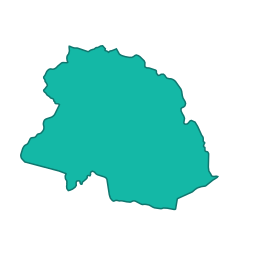 the Province of Copperbelt, rotated 13°
{"feature_id": "ZMB-517", "entity_name": "Copperbelt", "entity_type": "Province", "adm_level": 1, "iso_a3": "ZMB", "parent_name": "Zambia", "parent_adm1": "", "projection": "mercator", "projection_center": [27.632, -13.082], "detail": "fine", "context": "isolated", "style": "filled", "palette": "teal", "viewbox_px": 256, "rotation_deg": 13, "n_neighbors": 0, "source": "natural_earth", "source_scale": "10m", "svg_char_len": 4638}
<svg xmlns="http://www.w3.org/2000/svg" viewBox="0 0 256 256"><g transform="rotate(13 128 128)"><path d="M98.8,53.5L99.3,53.9L103.0,58.0L105.4,58.8L109.3,59.1L113.3,58.9L116.0,58.3L117.6,56.9L118.6,55.7L119.7,55.0L121.9,55.2L123.7,55.9L128.6,58.9L129.8,60.5L130.2,62.7L130.7,64.6L132.7,65.2L134.2,64.9L135.5,64.8L141.9,65.4L142.7,65.9L143.0,66.7L143.2,67.5L143.5,68.3L145.6,70.0L146.9,69.5L148.2,68.2L150.4,67.6L152.0,68.4L153.3,69.7L154.8,70.7L157.1,70.7L158.8,70.4L160.6,70.6L162.2,71.1L163.7,71.9L170.8,78.2L172.0,80.1L173.7,84.4L174.8,86.4L177.7,89.5L178.6,91.2L178.5,93.5L177.5,95.0L176.1,96.0L175.3,97.2L175.9,99.5L177.7,101.8L179.6,103.8L180.9,105.9L181.2,110.4L182.1,111.3L183.4,111.3L184.8,110.7L185.6,109.7L186.9,107.1L188.0,106.4L192.0,107.2L195.5,110.8L201.4,118.5L202.9,119.8L203.5,120.8L204.3,124.0L204.6,124.4L205.8,124.8L206.1,125.2L206.1,125.6L205.7,126.6L205.7,127.0L205.7,127.4L205.6,128.3L205.7,128.8L206.0,129.2L206.5,129.4L207.0,129.5L207.3,129.7L208.1,132.8L208.9,133.3L210.6,133.3L211.4,133.7L212.4,135.0L215.1,148.1L216.5,151.8L219.1,154.4L220.2,155.8L221.6,156.1L223.2,155.7L224.8,155.1L226.4,155.1L226.2,155.7L226.0,156.0L225.7,156.4L222.3,159.8L216.8,166.8L216.4,167.1L216.1,167.3L212.7,168.6L209.7,170.4L209.0,170.9L207.2,172.8L205.6,175.0L205.1,175.7L192.6,185.3L192.3,185.6L192.1,185.9L192.0,186.4L192.6,196.2L192.2,196.7L191.3,197.0L184.3,197.3L180.9,197.9L180.5,198.0L179.4,198.7L178.6,199.1L178.1,199.2L177.6,199.3L171.9,199.8L170.3,199.6L166.3,198.4L165.4,198.3L162.6,198.4L161.0,198.7L159.3,199.3L158.6,199.3L157.5,199.1L152.1,197.7L151.5,197.6L150.7,197.6L149.6,197.8L149.1,198.1L148.6,198.4L148.3,198.7L148.0,199.0L147.3,199.5L146.9,199.7L146.4,199.8L143.4,200.2L138.6,200.3L137.6,200.5L136.8,200.7L136.5,200.9L135.8,201.0L133.5,201.0L132.7,201.2L132.1,201.4L131.0,202.2L130.6,202.4L130.2,202.5L129.4,202.3L128.5,201.8L126.7,200.4L125.7,198.8L124.8,197.2L119.0,182.7L117.7,181.5L116.0,181.0L108.8,180.4L107.8,180.1L106.9,179.7L105.4,178.6L104.9,178.4L104.4,178.3L102.9,178.1L101.6,179.5L101.6,180.7L102.0,181.8L101.8,183.0L101.3,183.2L100.7,183.1L99.9,183.2L99.3,183.6L99.1,184.4L99.2,185.0L99.4,185.4L99.3,186.0L98.6,187.3L95.8,191.0L95.7,191.5L95.8,192.2L95.8,192.9L95.3,193.3L94.7,193.3L94.1,192.8L93.7,192.2L93.1,190.7L92.1,190.5L91.0,190.8L90.2,191.2L89.7,192.3L89.9,193.6L90.5,195.5L89.7,197.7L87.7,200.0L85.4,201.7L83.9,202.4L83.0,201.6L82.7,201.4L82.2,200.9L81.9,200.4L81.3,198.6L81.2,197.0L81.1,196.6L80.8,195.7L80.6,194.2L80.4,193.8L80.2,193.4L80.0,193.0L78.8,191.9L78.5,191.5L78.3,191.1L77.6,188.9L77.7,188.4L77.7,187.9L77.9,187.4L77.9,186.9L77.8,186.4L70.4,185.4L35.1,184.3L32.1,182.3L30.8,181.2L30.5,180.7L30.1,179.9L29.7,178.8L29.6,177.8L30.0,172.0L30.3,170.6L30.9,169.0L31.4,168.2L31.7,167.9L33.3,166.5L33.6,166.2L33.8,165.8L34.1,165.1L35.1,160.8L35.3,160.1L35.7,159.6L36.0,159.4L36.8,159.0L38.5,158.4L39.3,158.0L39.7,157.6L40.1,157.1L41.1,154.7L41.4,154.4L41.7,154.1L43.7,153.1L44.2,152.7L44.7,151.9L45.6,150.3L45.9,149.4L46.1,148.6L46.2,148.1L46.0,146.6L45.8,145.7L44.8,143.7L44.6,143.1L44.5,142.3L44.5,140.8L44.6,140.0L44.8,139.3L45.0,138.9L45.3,138.5L45.6,138.2L46.2,137.6L51.1,134.6L51.7,134.0L52.5,133.1L53.1,132.2L53.4,131.5L53.6,130.9L56.0,120.7L55.6,120.4L55.2,120.3L54.6,120.2L54.1,120.2L52.1,120.5L51.6,120.3L51.2,120.0L50.9,119.2L50.6,118.8L50.2,118.6L49.8,118.5L49.6,118.1L49.2,117.3L49.0,117.0L48.7,116.7L48.3,116.4L47.9,116.3L47.7,116.3L46.1,116.2L45.7,116.0L45.3,115.8L44.6,115.2L44.1,115.0L41.8,114.1L41.4,113.8L41.1,113.5L40.5,112.9L40.2,112.6L39.4,112.1L38.5,111.7L38.1,111.4L37.7,111.0L37.4,110.5L37.4,110.0L37.5,109.6L38.3,108.4L39.1,106.5L39.4,106.0L39.7,105.2L39.8,104.6L39.7,104.1L39.4,103.8L37.8,102.0L37.4,101.8L37.0,101.5L36.6,101.0L36.4,100.2L36.1,99.7L35.8,99.3L35.4,99.0L35.0,98.7L34.7,98.2L34.4,97.4L34.5,96.9L35.0,95.9L35.3,95.2L36.1,91.3L36.4,90.7L36.6,90.2L37.4,89.1L38.0,88.5L38.8,88.0L39.2,87.9L39.7,87.8L41.2,87.7L41.7,87.6L42.5,87.2L43.2,86.7L43.9,86.1L44.7,85.1L45.6,83.5L48.6,79.6L49.3,79.1L50.2,78.8L53.6,78.2L54.0,78.0L54.5,77.7L54.5,77.4L54.3,77.0L53.7,76.3L52.9,74.3L52.7,73.7L52.6,73.0L52.5,71.8L52.7,71.0L52.9,70.4L53.2,69.9L53.5,69.1L53.6,66.3L53.5,65.8L52.5,62.7L52.4,62.2L52.3,61.6L52.6,61.5L53.0,61.5L55.0,61.9L57.4,62.1L58.2,62.0L59.9,61.6L60.9,61.5L71.7,62.6L72.3,62.4L72.8,62.0L73.9,60.7L74.4,60.3L75.5,59.7L75.9,59.4L77.2,58.8L78.4,57.3L78.8,56.9L79.2,56.7L80.1,56.5L80.5,56.3L81.2,55.8L82.5,54.6L83.2,54.1L83.6,54.0L84.8,53.6L85.6,54.2L86.9,55.1L88.1,55.9L88.1,56.4L88.0,57.1L88.2,57.6L90.7,58.0L91.7,58.4L92.0,58.6L93.2,57.0L94.5,56.5L94.9,56.3L98.5,53.8L98.8,53.5Z" fill="#14b8a6" stroke="#0f766e" stroke-width="1.5"/></g></svg>